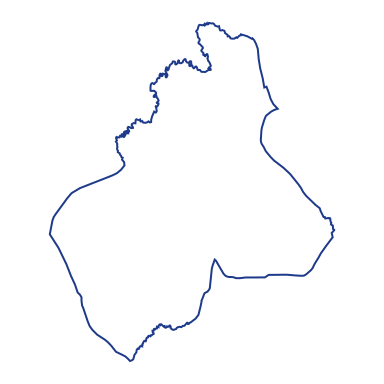 outline of Sila Lat, Si Sa Ket, Thailand
{"feature_id": "78962969B41735347341952", "entity_name": "Sila Lat", "entity_type": "district", "adm_level": 2, "iso_a3": "THA", "parent_name": "Thailand", "parent_adm1": "Si Sa Ket", "projection": "robinson", "projection_center": [104.084, 15.49], "detail": "fine", "context": "isolated", "style": "outline", "palette": "blue", "viewbox_px": 384, "rotation_deg": 0, "n_neighbors": 0, "source": "geoboundaries", "source_scale": "gbopen_adm2", "svg_char_len": 5903}
<svg xmlns="http://www.w3.org/2000/svg" viewBox="0 0 384 384"><path d="M241.0,34.4L240.9,35.3L239.5,35.5L237.2,37.9L236.8,37.8L236.3,37.3L234.4,38.6L233.1,38.7L231.0,38.5L230.5,38.3L229.8,36.9L229.2,36.2L227.7,36.4L227.6,34.9L225.0,33.0L224.6,31.2L224.2,30.7L222.4,30.1L220.9,30.5L220.1,30.3L219.8,29.6L219.0,26.2L217.8,26.6L215.1,25.7L214.3,24.3L213.0,23.3L211.9,23.5L208.9,23.0L208.3,24.2L207.8,24.4L207.4,24.2L207.0,23.2L205.9,24.5L204.8,23.7L204.6,24.1L204.9,25.2L204.6,25.6L203.2,24.9L202.2,25.3L199.9,24.8L199.1,25.1L198.6,26.0L197.6,29.6L196.4,30.8L196.2,31.5L197.3,33.0L198.0,37.3L199.2,38.5L199.7,39.5L199.5,40.8L198.5,42.3L198.5,43.0L198.8,43.6L199.8,44.1L202.8,47.3L202.8,48.2L201.5,50.1L201.3,50.7L201.6,51.2L203.5,53.2L203.2,54.5L203.3,54.9L203.7,55.1L205.2,54.9L205.0,56.1L205.3,56.2L206.7,54.1L207.1,54.1L207.4,54.3L208.0,56.9L207.4,58.6L207.8,59.4L208.2,60.9L209.3,62.1L210.8,65.6L210.5,66.5L209.2,67.3L208.4,68.4L208.7,68.7L210.5,68.9L210.7,69.4L210.6,69.9L208.2,70.1L205.3,72.0L201.4,71.8L199.8,69.9L198.1,70.1L197.6,69.8L196.9,67.4L196.1,66.5L195.5,66.5L194.2,68.2L193.8,68.3L192.7,67.1L192.4,65.8L192.1,65.4L191.3,65.5L190.2,66.1L189.6,66.0L189.2,65.2L189.3,64.5L190.9,64.0L191.3,63.7L191.1,61.5L190.6,61.2L189.8,61.4L188.7,62.9L187.1,62.5L185.9,61.1L185.6,59.3L185.3,59.1L184.8,59.1L184.1,59.7L183.2,60.7L182.7,62.3L181.1,63.2L180.1,63.2L179.4,62.8L179.1,62.2L179.0,60.7L178.4,60.5L178.1,60.9L177.8,62.9L177.2,63.6L175.9,64.5L175.3,64.2L175.2,62.3L174.8,61.7L173.8,61.4L172.7,61.6L172.4,63.1L170.1,64.9L169.1,67.3L168.5,69.5L167.9,70.2L167.5,70.3L167.3,70.0L167.0,67.7L166.7,67.3L166.3,67.4L165.5,70.3L165.5,71.2L167.5,75.1L167.2,76.0L166.5,77.3L166.0,77.3L165.7,77.0L165.4,74.6L164.9,74.0L162.8,73.7L162.6,75.5L162.2,76.0L161.6,76.1L161.1,76.0L160.9,75.6L161.0,73.9L160.3,73.7L159.5,75.1L159.5,77.9L159.2,78.2L158.0,78.1L157.2,78.9L156.8,79.9L156.7,81.5L156.4,81.9L155.2,82.7L154.2,84.1L153.8,84.0L152.7,83.1L152.2,83.1L151.5,83.5L150.8,84.7L150.5,86.9L150.5,90.6L151.1,90.9L154.1,90.8L155.5,91.9L156.1,92.9L156.1,93.7L153.9,95.6L153.7,96.7L153.9,96.9L154.7,97.0L155.7,95.8L156.3,95.7L156.8,97.6L157.6,98.3L158.6,100.5L158.2,101.3L156.8,102.6L157.0,103.1L158.5,103.5L158.5,104.2L157.3,106.4L155.8,106.2L155.7,106.5L156.2,107.8L156.7,111.0L156.5,111.6L156.0,112.4L155.6,112.5L154.2,111.6L152.2,116.2L151.2,119.6L151.1,122.1L149.7,122.4L148.5,121.4L147.4,122.2L145.6,122.8L143.2,122.6L142.2,121.0L140.9,121.6L140.6,121.5L140.1,119.5L139.0,120.2L136.4,119.3L135.7,120.0L135.4,123.3L133.7,123.1L132.0,124.0L131.7,124.5L131.8,125.5L133.0,127.4L132.9,128.0L131.1,128.1L129.8,127.2L128.4,126.9L127.8,127.3L127.6,128.3L129.2,131.2L129.0,131.7L128.6,131.8L127.5,130.7L126.9,130.8L127.1,131.9L128.0,132.9L128.1,133.3L126.5,133.3L126.1,132.1L125.4,131.4L124.7,131.5L124.1,132.0L123.9,132.5L124.0,133.0L125.4,134.8L124.3,136.8L123.8,137.0L123.3,136.6L123.4,134.6L122.6,134.1L121.8,134.3L122.0,136.0L121.6,136.7L121.1,136.6L120.6,135.7L120.2,135.6L119.9,135.9L119.8,136.9L119.5,137.4L118.2,137.3L117.2,137.8L116.7,137.0L116.1,137.4L116.1,138.4L116.9,140.4L115.9,141.6L116.7,142.6L117.3,144.0L117.1,145.5L117.5,147.0L117.1,147.8L117.1,149.0L117.2,149.6L117.9,150.5L117.8,152.2L119.6,153.2L120.0,154.6L121.0,155.7L121.5,157.2L122.7,157.7L122.0,159.6L124.1,162.1L124.5,165.4L121.1,169.7L116.9,173.2L112.4,175.4L80.0,188.1L72.1,192.8L70.9,193.9L66.9,198.7L55.4,214.5L53.7,217.1L52.4,220.7L49.8,234.3L58.5,247.9L66.4,264.2L71.0,276.0L74.9,284.4L77.7,292.6L79.8,294.5L81.4,297.1L81.5,297.6L81.5,300.7L82.1,305.5L83.4,308.5L87.7,321.3L89.7,326.2L92.4,329.9L97.2,334.7L104.9,339.7L108.0,342.3L111.4,345.9L116.0,351.8L125.0,356.2L127.7,358.5L130.0,361.0L131.9,360.3L133.3,359.2L134.5,354.8L136.4,352.3L136.6,350.2L137.6,348.6L137.9,348.5L138.5,349.0L138.8,348.9L138.9,348.2L139.5,347.7L139.7,346.7L140.5,346.2L142.1,346.4L141.8,345.3L142.6,344.9L142.4,344.1L143.1,343.2L143.2,342.4L143.7,341.8L144.0,341.1L144.5,340.8L145.7,341.3L146.1,340.6L146.0,340.2L146.5,338.1L146.8,337.7L148.0,337.4L148.1,336.5L148.5,335.9L148.9,335.8L150.4,336.3L150.8,335.3L151.6,335.4L152.5,334.5L153.6,334.0L153.7,333.3L152.7,332.2L152.5,330.7L153.7,330.6L153.8,329.3L154.2,328.9L155.1,329.3L155.5,328.7L156.9,328.5L157.2,327.9L156.9,327.1L157.0,326.6L158.5,327.1L158.4,326.2L159.5,324.5L159.9,324.4L160.3,325.0L160.7,324.4L161.3,324.3L163.1,326.1L164.4,326.0L164.3,327.1L165.5,327.7L166.1,327.6L166.7,326.5L167.7,326.9L168.1,326.4L168.8,326.5L169.5,325.6L169.8,325.5L170.6,326.4L170.5,327.8L171.2,328.4L171.5,329.1L173.3,329.9L176.1,329.0L176.8,327.9L177.6,327.3L179.7,326.8L181.4,327.1L182.8,325.9L184.4,325.8L187.0,322.8L187.5,322.8L188.0,324.0L188.7,323.9L189.6,322.8L190.5,322.5L195.6,318.6L198.4,315.0L200.4,307.1L201.6,301.4L201.5,300.6L202.3,299.0L204.2,293.9L204.7,293.1L207.5,291.6L209.1,289.6L209.8,288.2L211.8,268.8L212.5,266.0L214.7,259.6L215.9,260.6L223.5,273.7L225.5,275.8L227.5,276.7L229.0,277.0L231.6,277.0L233.9,277.3L235.7,278.1L239.6,278.2L245.5,277.5L264.7,277.4L265.3,277.2L268.3,275.1L269.0,274.9L286.7,274.7L296.0,275.5L301.9,275.8L304.1,275.6L306.1,274.4L311.0,270.1L312.5,268.3L314.8,263.6L318.6,257.5L320.7,253.6L326.0,246.1L332.7,237.2L331.7,233.0L334.2,230.2L334.2,229.8L333.1,229.1L332.9,228.1L333.0,226.7L332.7,225.4L331.7,225.1L330.9,224.2L331.3,222.7L330.6,221.6L330.3,220.1L330.4,219.0L329.8,218.7L329.7,218.1L328.8,218.3L328.4,218.0L325.3,218.5L324.8,217.0L323.6,217.0L320.7,211.2L319.7,208.2L315.5,204.9L306.3,196.0L303.2,192.1L301.1,188.2L298.4,184.3L290.1,174.0L283.6,167.9L274.1,160.6L270.7,157.1L265.8,151.2L263.6,146.8L261.9,144.2L261.1,142.3L260.8,140.2L261.4,130.6L261.9,127.6L264.1,120.4L265.4,117.0L266.2,115.6L271.2,111.6L274.1,110.0L277.7,108.8L273.4,104.2L271.5,100.7L270.5,98.6L268.8,92.9L266.5,86.7L264.3,87.5L262.8,78.8L260.2,68.3L258.7,59.1L257.8,48.9L256.0,43.8L254.1,40.1L252.4,38.3L251.9,38.8L247.1,36.2L241.0,34.4Z" fill="none" stroke="#1e3a8a" stroke-width="2"/></svg>